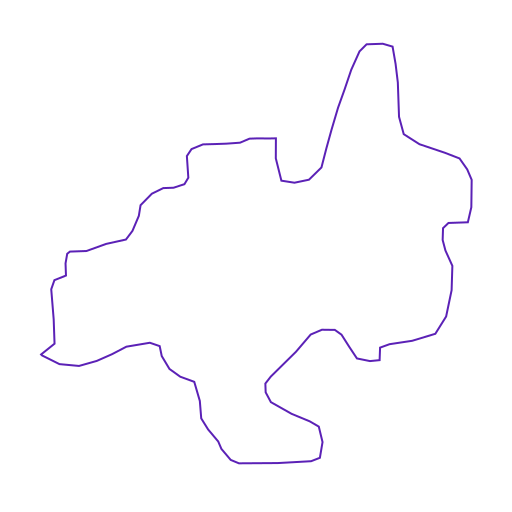 SVG path tracing the border of Tuzla, rotated 88°
{"feature_id": "BIH-2887", "entity_name": "Tuzla", "entity_type": "Canton", "adm_level": 1, "iso_a3": "BIH", "parent_name": "Bosnia and Herzegovina", "parent_adm1": "", "projection": "equal_earth", "projection_center": [18.577, 44.534], "detail": "fine", "context": "isolated", "style": "outline", "palette": "violet", "viewbox_px": 512, "rotation_deg": 88, "n_neighbors": 0, "source": "natural_earth", "source_scale": "10m", "svg_char_len": 1437}
<svg xmlns="http://www.w3.org/2000/svg" viewBox="0 0 512 512"><g transform="rotate(88 256 256)"><path d="M139.1,232.0L159.1,232.8L181.6,228.0L184.1,215.0L181.6,200.4L169.8,187.5L150.5,181.8L132.4,176.1L110.6,168.8L92.5,161.6L73.2,154.3L55.1,145.4L48.3,138.1L48.3,121.9L51.5,112.2L68.9,109.8L87.6,108.2L121.9,108.2L139.4,104.1L150.0,88.7L159.4,63.7L165.6,49.2L176.8,41.9L187.4,37.8L214.8,39.1L229.7,43.1L229.7,56.0L229.7,62.5L234.7,68.1L246.5,68.9L257.1,66.5L272.7,60.1L297.0,61.7L323.1,68.1L340.0,79.5L346.2,102.9L348.8,125.6L351.9,135.2L364.4,136.1L365.0,145.8L361.9,158.7L350.0,166.0L337.6,173.3L332.6,179.8L332.0,192.7L336.4,204.1L353.2,219.5L377.0,245.4L383.8,251.1L392.6,251.1L402.6,246.2L415.0,225.9L423.1,208.1L428.7,199.2L444.3,196.0L459.9,199.2L463.0,208.1L463.6,236.4L463.7,241.4L462.6,280.3L458.9,288.4L447.6,297.3L440.1,300.2L427.7,309.9L416.4,316.4L398.9,317.2L379.6,322.1L374.0,335.9L365.9,346.4L352.7,353.7L342.7,355.4L339.0,365.1L342.1,388.7L349.1,403.3L355.3,418.8L359.7,436.7L357.2,456.2L347.9,473.3L346.9,474.2L336.6,460.4L312.3,460.4L282.1,461.8L273.1,458.3L268.9,446.6L256.7,446.6L247.2,444.6L245.1,441.8L245.1,425.3L238.7,405.4L235.0,385.4L226.6,378.6L211.8,371.7L201.2,369.6L190.1,357.9L184.9,346.3L184.9,336.0L181.7,325.0L175.4,320.9L153.7,321.6L146.9,316.7L142.6,305.1L142.7,293.4L142.7,281.8L142.2,268.0L138.5,258.4L138.5,250.2L139.0,239.2L139.1,232.0Z" fill="none" stroke="#5b21b6" stroke-width="2"/></g></svg>